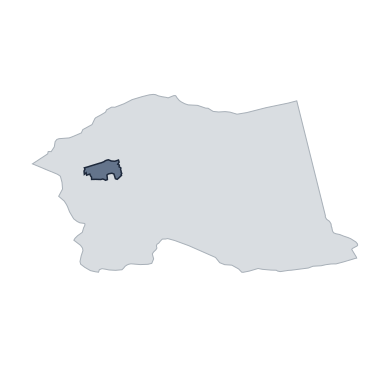 Agago on a map of Uganda (Equal Earth projection), rotated 256°
{"feature_id": "UGA-5608", "entity_name": "Agago", "entity_type": "District", "adm_level": 1, "iso_a3": "UGA", "parent_name": "Uganda", "parent_adm1": "", "projection": "equal_earth", "projection_center": [33.347, 2.944], "detail": "fine", "context": "in_parent", "style": "filled", "palette": "slate", "viewbox_px": 384, "rotation_deg": 256, "n_neighbors": 0, "source": "natural_earth", "source_scale": "10m", "svg_char_len": 2958}
<svg xmlns="http://www.w3.org/2000/svg" viewBox="0 0 384 384"><g transform="rotate(256 192 192)"><path d="M255.1,315.7L250.9,315.7L244.0,315.7L237.1,315.7L230.3,315.7L223.4,315.7L216.5,315.7L209.7,315.7L202.8,315.7L195.9,315.7L189.1,315.7L182.2,315.7L175.3,315.7L168.5,315.7L161.6,315.7L154.7,315.7L147.9,315.7L141.0,315.7L136.9,315.7L136.1,315.5L135.6,315.3L133.0,316.0L130.3,318.3L127.4,319.2L124.4,318.8L124.0,319.1L122.5,319.0L120.2,318.9L118.2,319.5L116.7,321.5L115.1,324.9L112.3,328.8L110.1,332.3L108.2,334.8L103.9,338.9L101.6,340.0L100.4,339.9L99.7,339.1L98.4,333.9L97.6,333.1L89.2,335.7L88.0,335.8L88.1,334.2L87.5,321.9L87.4,314.4L88.5,309.7L89.1,304.3L89.2,299.5L90.7,291.4L90.1,286.5L92.1,269.4L92.6,266.7L93.4,258.4L94.6,255.9L95.7,254.9L97.1,249.8L99.9,241.7L101.8,237.6L101.4,228.5L101.7,222.3L102.1,220.9L106.1,218.6L111.4,212.9L113.6,206.1L116.7,201.8L122.8,199.0L140.7,175.9L149.1,163.5L152.7,157.1L152.8,154.8L153.5,151.8L152.1,149.5L150.4,147.3L149.8,145.4L148.3,144.4L146.1,144.4L144.7,143.0L143.1,140.2L141.5,138.5L136.4,138.6L132.5,135.7L132.5,131.8L134.1,124.2L137.1,115.4L137.2,112.9L136.8,110.9L136.1,109.1L134.7,107.3L133.5,105.2L134.5,98.9L136.4,92.7L137.9,89.6L139.4,86.1L139.0,83.3L136.8,81.9L137.9,79.1L140.3,74.4L144.9,69.7L148.9,66.5L151.6,66.5L156.8,69.0L161.5,72.0L164.1,72.2L167.3,70.9L173.8,65.7L175.4,67.3L177.3,70.5L179.4,75.8L183.5,78.2L185.5,79.9L186.9,80.4L187.6,79.9L189.2,75.8L191.1,73.5L194.6,70.7L202.3,68.4L207.8,67.7L210.1,67.2L214.0,65.9L220.1,61.6L226.2,67.1L232.7,68.2L239.1,68.1L241.0,66.5L242.2,65.2L248.8,56.2L257.9,44.0L263.9,61.2L266.0,62.2L265.7,63.7L265.2,65.1L269.1,69.3L274.0,71.4L275.7,73.6L275.9,75.9L274.2,85.9L274.5,88.8L276.1,98.9L279.0,101.2L281.6,111.3L286.8,115.6L287.5,116.9L288.7,121.8L290.3,127.2L291.5,128.4L292.3,128.8L293.8,134.5L292.9,137.7L294.1,147.5L296.1,156.2L296.6,166.6L296.6,171.2L296.6,174.0L296.1,178.0L295.2,180.3L293.5,182.5L291.7,186.0L290.1,189.8L289.1,191.6L289.9,197.3L289.7,198.8L289.3,199.5L286.9,200.3L283.9,201.8L282.1,203.3L279.5,206.2L277.5,209.3L274.7,218.4L270.1,225.5L269.4,227.8L265.1,232.0L263.2,237.2L262.0,243.6L260.3,248.2L256.6,254.5L255.8,264.4L255.9,284.2L255.0,306.8L255.1,315.7Z" fill="#d9dde1" stroke="#a8b0b8" stroke-width="1"/><path d="M241.5,93.4L241.6,97.2L241.8,100.1L242.3,109.5L242.3,111.0L242.5,112.4L242.7,114.0L243.3,115.3L243.5,116.9L243.5,118.7L241.6,121.2L240.5,124.6L240.8,128.4L238.6,128.5L236.9,126.7L236.3,127.6L235.6,128.0L234.7,127.5L233.9,127.4L233.2,128.3L232.5,128.8L230.9,128.1L229.3,128.3L228.7,128.1L228.0,128.0L227.2,128.4L226.5,127.9L225.9,127.4L225.2,127.6L223.3,124.3L222.4,122.5L223.4,120.9L228.4,120.6L229.6,118.8L229.8,115.3L229.0,113.5L226.6,113.3L224.5,112.9L224.3,111.0L225.4,109.8L226.2,108.6L226.2,106.5L227.6,101.6L228.5,97.6L230.8,98.1L232.3,97.4L234.1,97.2L233.8,93.8L236.3,93.9L235.2,91.8L238.4,92.3L239.1,92.8L239.7,93.5L240.6,93.6L241.5,93.4Z" fill="#64748b" stroke="#1e293b" stroke-width="1.5"/></g></svg>